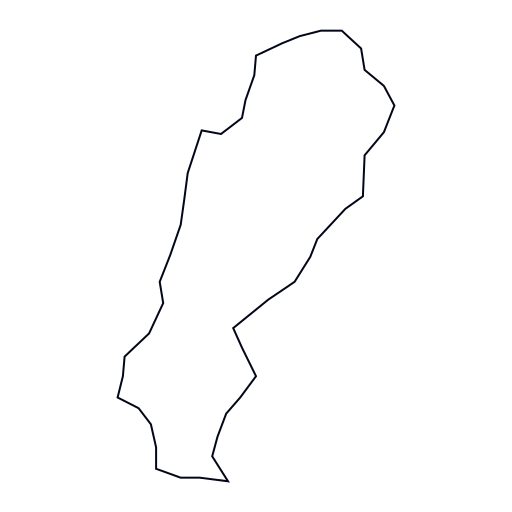 outline of Politiko, Nicosia, Cyprus
{"feature_id": "46923920B8384928890729", "entity_name": "Politiko", "entity_type": "district", "adm_level": 2, "iso_a3": "CYP", "parent_name": "Cyprus", "parent_adm1": "Nicosia", "projection": "natural_earth1", "projection_center": [33.22, 35.002], "detail": "fine", "context": "isolated", "style": "outline", "palette": "ink", "viewbox_px": 512, "rotation_deg": 0, "n_neighbors": 0, "source": "geoboundaries", "source_scale": "gbopen_adm2", "svg_char_len": 682}
<svg xmlns="http://www.w3.org/2000/svg" viewBox="0 0 512 512"><path d="M228.0,481.3L212.2,456.3L217.5,436.7L226.2,413.6L240.2,397.5L256.0,376.2L242.0,347.7L233.2,328.1L268.3,299.6L294.6,281.8L310.3,256.8L317.3,239.0L345.4,208.8L362.9,196.3L364.6,155.3L383.9,132.2L394.4,105.5L383.9,85.9L364.6,69.9L361.1,48.5L341.8,30.7L320.8,30.7L299.8,36.1L282.3,43.2L256.0,55.6L254.3,75.2L245.5,100.1L242.0,117.9L221.0,134.0L201.7,130.4L187.7,173.1L184.2,199.9L180.7,224.8L170.2,255.1L159.7,281.8L163.2,303.1L149.1,333.4L124.6,356.6L122.9,376.2L117.6,397.5L138.6,408.2L150.9,424.3L156.1,447.4L156.1,468.8L180.7,477.7L199.9,477.7L228.0,481.3Z" fill="none" stroke="#020617" stroke-width="2"/></svg>